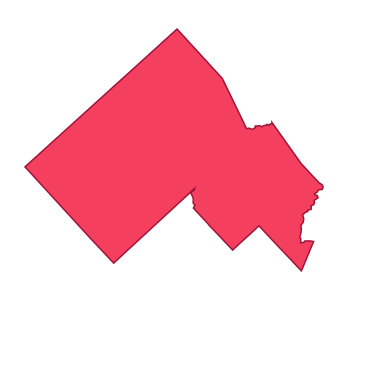 Maricopa, Arizona, United States of America, rotated 47°
{"feature_id": "52423323B41946106713870", "entity_name": "Maricopa", "entity_type": "district", "adm_level": 2, "iso_a3": "USA", "parent_name": "United States of America", "parent_adm1": "Arizona", "projection": "albers", "projection_center": [-111.877, 33.277], "detail": "fine", "context": "isolated", "style": "filled", "palette": "rose", "viewbox_px": 384, "rotation_deg": 47, "n_neighbors": 0, "source": "geoboundaries", "source_scale": "gbopen_adm2", "svg_char_len": 1153}
<svg xmlns="http://www.w3.org/2000/svg" viewBox="0 0 384 384"><g transform="rotate(47 192 192)"><path d="M61.4,177.1L60.7,225.8L60.2,260.9L59.7,297.0L156.6,297.9L190.6,297.8L190.7,273.5L191.0,218.1L191.1,196.2L191.0,187.4L192.1,189.0L191.6,191.8L192.3,193.7L197.2,195.2L201.2,198.9L203.3,198.5L204.7,202.0L226.6,202.0L227.1,202.2L242.4,202.0L250.4,202.0L256.3,201.9L262.2,201.9L262.2,200.0L262.2,192.0L262.4,178.1L262.4,169.1L262.4,166.1L278.2,166.1L324.3,165.8L322.2,161.1L311.1,136.8L308.0,139.3L304.8,142.9L305.0,144.7L303.3,147.2L300.2,144.2L298.8,144.4L295.9,139.7L292.8,136.5L290.8,135.4L290.0,131.3L287.5,128.2L284.4,127.0L284.1,123.3L285.2,120.7L284.2,119.7L286.0,116.8L283.3,114.1L284.3,111.5L283.1,109.5L281.4,108.5L282.2,103.7L279.8,102.8L278.5,104.2L277.0,103.7L277.4,100.7L276.7,97.9L279.0,95.0L277.6,92.5L275.2,91.9L271.9,92.8L245.7,92.8L230.1,90.7L195.7,86.1L196.9,87.1L195.6,88.2L196.0,90.1L193.6,91.1L193.9,92.0L192.4,94.1L192.1,96.3L190.0,97.1L186.9,100.8L188.0,101.5L187.6,104.3L186.7,105.7L184.3,106.6L182.9,108.9L165.6,103.5L129.7,92.4L62.6,91.8L61.8,151.2L61.4,177.1Z" fill="#f43f5e" stroke="#9f1239" stroke-width="1.5"/></g></svg>